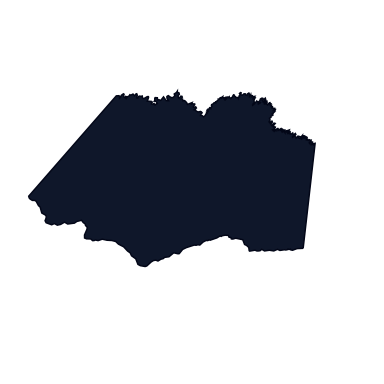 outline of La Primavera, Vichada, Colombia, rotated 221°
{"feature_id": "7082276B79369128068178", "entity_name": "La Primavera", "entity_type": "district", "adm_level": 2, "iso_a3": "COL", "parent_name": "Colombia", "parent_adm1": "Vichada", "projection": "equal_earth", "projection_center": [-69.552, 5.549], "detail": "fine", "context": "isolated", "style": "filled", "palette": "ink", "viewbox_px": 384, "rotation_deg": 221, "n_neighbors": 0, "source": "geoboundaries", "source_scale": "gbopen_adm2", "svg_char_len": 6116}
<svg xmlns="http://www.w3.org/2000/svg" viewBox="0 0 384 384"><g transform="rotate(221 192 192)"><path d="M178.5,105.0L177.6,106.5L176.9,112.5L176.1,115.0L174.6,116.8L172.4,117.6L171.4,120.8L170.0,122.9L169.8,124.7L166.9,128.0L165.9,134.1L162.0,136.2L161.2,137.1L161.4,142.5L159.8,146.3L155.5,153.4L154.0,154.5L152.9,156.1L151.3,157.1L150.8,161.6L149.6,164.6L148.2,165.7L147.7,167.1L146.7,167.5L143.1,173.7L142.0,177.2L140.9,177.6L140.3,179.1L138.6,181.2L136.0,183.1L134.4,182.2L132.7,183.1L131.5,182.4L130.3,183.3L128.7,185.8L122.4,189.3L117.9,186.9L115.8,187.5L112.8,187.4L110.3,185.2L109.7,185.2L106.3,189.4L104.3,190.1L102.8,191.5L102.0,192.6L101.8,194.5L98.6,195.1L95.4,198.8L91.6,201.2L89.9,204.8L87.3,205.6L84.3,209.1L83.4,209.6L82.3,210.8L82.1,212.0L81.1,212.2L80.2,213.5L79.5,213.1L77.9,214.0L75.6,218.2L71.6,222.0L71.5,222.9L131.0,309.5L131.7,308.5L130.7,307.6L131.4,307.1L132.6,307.8L132.7,306.3L133.1,305.8L133.5,306.2L132.9,307.9L133.8,308.8L135.3,307.8L135.1,305.8L135.8,306.0L136.1,306.9L135.6,308.4L136.1,309.3L136.8,308.5L137.5,308.6L138.1,307.1L138.9,307.1L139.3,308.3L139.3,306.6L140.0,306.3L140.9,308.7L141.6,308.7L141.6,307.7L142.2,306.7L142.8,307.1L143.1,308.3L144.1,308.1L144.6,307.7L144.4,306.8L143.2,306.2L143.9,305.2L144.1,303.8L144.9,304.1L144.5,305.4L145.8,307.2L145.8,303.1L147.1,302.6L147.5,303.5L147.3,304.4L148.7,303.7L148.8,301.0L149.9,301.6L151.3,301.4L151.3,303.5L152.4,304.0L152.8,302.3L151.5,300.2L151.9,299.2L152.5,299.7L153.0,301.6L154.7,302.6L155.0,300.8L155.7,300.7L156.1,300.1L157.3,300.8L157.1,301.7L157.6,301.9L157.9,300.8L157.6,299.4L158.0,299.0L159.3,302.6L160.2,300.9L159.6,300.6L159.9,299.9L159.3,299.3L160.8,298.9L161.1,299.9L161.7,299.1L160.5,297.6L162.1,297.9L162.7,299.6L163.6,298.7L162.9,297.0L163.1,296.3L163.6,296.5L163.8,297.2L163.4,297.8L164.4,298.8L165.2,298.7L165.1,297.0L165.6,297.2L165.8,296.6L166.3,297.0L166.0,298.3L166.4,298.4L167.4,294.8L168.1,295.0L168.3,296.2L168.9,296.3L169.4,295.2L168.7,293.3L169.1,293.2L169.5,294.2L170.0,293.7L169.9,292.4L170.4,292.9L170.1,291.8L171.2,291.5L172.1,291.7L171.4,293.1L171.4,295.2L171.7,295.7L172.7,295.2L173.2,294.4L174.0,294.7L174.2,298.3L175.3,297.8L175.5,294.4L177.0,294.9L177.2,297.4L178.0,298.0L178.5,297.5L178.4,295.5L179.0,295.9L179.3,295.3L179.9,295.5L180.4,297.6L181.9,298.5L181.4,300.2L182.2,301.0L181.6,302.3L181.9,302.8L181.5,303.1L182.1,303.6L182.3,304.4L182.7,304.1L182.3,306.7L182.6,306.9L182.4,307.7L183.1,307.8L183.3,309.2L184.0,309.0L184.3,307.8L184.7,309.2L185.9,308.2L186.6,308.6L186.8,307.8L187.3,308.0L186.9,308.8L187.3,309.2L188.4,308.5L188.5,307.8L189.0,309.7L190.4,309.0L190.3,310.4L191.1,310.2L191.8,310.6L192.1,310.2L192.2,307.2L193.5,307.4L194.1,308.9L195.3,309.8L195.8,309.1L195.2,307.4L194.1,306.7L195.2,305.9L196.3,307.0L197.1,310.2L198.3,310.9L198.4,309.4L197.3,308.0L197.5,306.6L199.4,307.4L198.6,308.9L200.1,309.2L201.0,308.4L201.4,307.0L200.7,305.4L200.9,304.0L200.1,303.5L199.0,304.4L198.9,304.0L199.7,301.9L201.4,303.3L202.9,303.1L202.6,299.3L203.1,297.2L203.5,297.5L204.1,300.7L205.4,301.9L205.9,303.4L206.4,302.9L206.1,304.6L207.2,304.5L207.3,305.4L208.1,304.5L207.6,303.5L207.8,303.0L208.6,303.9L209.1,303.9L209.4,303.0L209.8,304.2L210.8,303.5L211.4,304.0L211.0,302.9L211.2,301.7L213.0,303.6L214.0,304.0L214.6,302.1L213.9,301.0L215.3,300.4L216.3,301.0L217.2,300.1L217.4,298.5L218.2,297.6L219.1,297.6L220.0,299.1L220.6,298.9L220.8,297.5L219.5,297.2L219.5,295.6L218.6,295.1L219.1,294.3L218.6,293.1L219.3,293.5L221.0,291.9L221.7,292.5L222.4,292.1L223.6,292.9L224.4,292.6L224.1,290.7L223.5,290.1L224.3,288.8L223.2,287.7L224.5,288.2L225.6,287.5L226.2,288.1L226.2,287.4L227.2,287.4L227.8,286.3L227.2,285.4L227.4,283.1L228.7,283.3L227.9,285.3L228.6,285.8L229.5,283.9L230.2,283.9L231.0,283.2L231.4,284.0L231.6,283.0L230.9,281.5L232.0,282.4L232.6,281.5L232.2,279.9L233.2,279.4L232.5,278.3L232.9,277.2L232.6,276.6L233.3,275.7L232.6,274.8L233.3,274.7L233.9,273.7L233.9,272.3L234.5,270.9L234.3,270.2L233.0,269.7L233.1,268.2L232.8,267.7L233.4,267.9L234.0,267.3L233.9,266.8L233.3,267.2L233.1,266.8L233.4,265.4L234.3,265.0L234.1,264.1L234.4,263.5L233.8,263.0L233.1,263.8L232.5,263.4L233.4,261.7L232.2,261.1L232.7,260.0L232.2,258.3L232.6,256.3L234.6,256.3L235.8,255.4L236.4,256.9L236.3,258.4L237.4,258.6L238.4,258.4L239.9,256.4L241.9,255.8L242.9,256.2L244.3,255.5L243.8,258.3L245.1,258.7L246.1,257.0L246.8,257.0L247.2,258.1L247.2,259.7L247.8,260.2L248.6,259.3L249.8,259.2L250.2,257.9L250.7,258.2L250.8,259.1L252.9,255.1L254.5,255.9L256.6,256.2L257.8,256.0L258.7,254.8L260.0,255.9L261.3,254.9L261.5,257.2L262.4,257.6L263.3,257.0L263.2,254.4L264.1,254.2L265.6,255.5L265.7,257.5L267.1,258.3L268.5,257.5L269.2,258.4L269.0,256.9L269.7,254.3L268.1,253.4L268.3,250.8L269.9,249.5L273.1,249.2L273.5,248.2L273.5,247.4L272.3,246.3L269.6,245.5L271.4,244.0L275.9,245.1L275.7,241.1L275.9,240.4L277.4,240.0L278.3,239.0L280.0,240.4L281.7,239.1L281.7,238.4L280.5,237.1L280.0,235.9L278.4,236.8L276.2,236.1L276.3,235.5L276.8,235.5L276.9,233.5L277.8,233.2L278.6,233.9L279.5,232.3L280.4,231.8L280.9,232.4L280.9,233.9L281.7,233.2L282.3,233.6L285.3,231.2L286.8,234.8L287.5,235.4L288.3,234.7L289.5,231.2L290.1,230.6L291.3,230.7L292.5,231.8L293.3,230.7L294.5,230.0L295.0,228.9L294.5,227.6L295.2,226.8L296.2,227.4L296.7,229.1L298.2,229.9L298.6,229.3L298.6,226.8L300.8,227.2L301.7,224.9L302.7,224.7L302.5,223.0L303.4,221.2L304.8,220.6L304.6,219.7L303.0,220.2L302.9,219.2L305.7,219.1L306.6,219.6L307.4,221.2L308.2,221.1L308.8,218.5L308.1,216.6L308.2,215.2L309.5,216.6L310.3,216.8L312.2,214.9L312.5,81.7L311.0,80.7L309.7,80.5L307.0,80.9L305.0,82.6L303.4,82.7L298.9,81.0L296.7,81.0L291.6,77.6L287.5,78.4L286.3,78.2L285.1,76.8L284.0,73.9L281.9,73.1L276.4,75.2L275.4,77.4L274.8,78.0L271.9,78.6L269.9,81.3L268.4,85.6L264.8,86.3L260.3,91.4L259.6,94.2L256.8,98.2L254.1,97.6L251.6,97.8L250.4,96.9L247.8,96.6L246.8,94.9L244.9,89.0L242.9,86.8L240.8,87.5L237.7,90.1L235.1,90.1L234.1,91.0L233.4,92.4L231.0,93.7L228.8,97.5L224.4,99.9L220.7,102.8L217.1,104.6L213.3,104.4L207.6,105.8L201.9,105.2L198.6,105.5L195.8,104.2L190.6,104.7L185.3,101.9L182.7,102.5L178.5,105.0Z" fill="#0f172a" stroke="#020617" stroke-width="1.5"/></g></svg>